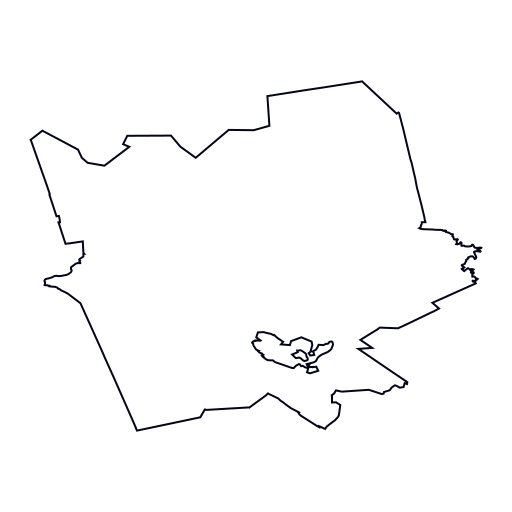 the district of Staiceles pag., Alojas, Latvia
{"feature_id": "27541924B5115242509873", "entity_name": "Staiceles pag.", "entity_type": "district", "adm_level": 2, "iso_a3": "LVA", "parent_name": "Latvia", "parent_adm1": "Alojas", "projection": "equal_earth", "projection_center": [24.767, 57.89], "detail": "fine", "context": "isolated", "style": "outline", "palette": "ink", "viewbox_px": 512, "rotation_deg": 0, "n_neighbors": 0, "source": "geoboundaries", "source_scale": "gbopen_adm2", "svg_char_len": 5975}
<svg xmlns="http://www.w3.org/2000/svg" viewBox="0 0 512 512"><path d="M137.0,430.6L200.3,417.3L204.7,409.7L205.0,409.4L205.8,409.9L206.5,409.9L242.3,407.8L249.3,407.4L249.4,407.5L266.2,395.2L267.7,393.6L267.8,393.6L268.2,393.5L268.5,393.8L278.2,398.4L280.5,400.6L283.5,402.6L286.2,404.8L290.8,408.1L299.0,412.4L298.4,412.8L299.5,414.5L300.9,415.7L317.2,426.1L319.2,427.2L319.1,426.2L325.1,428.9L326.7,426.6L331.0,423.2L334.9,420.3L335.0,420.3L337.7,417.3L338.9,415.2L339.1,413.6L340.3,405.0L336.0,402.3L332.0,402.5L332.0,395.5L331.8,395.2L334.2,393.5L334.2,393.2L336.0,390.4L340.9,391.5L342.5,391.6L368.8,389.8L381.9,394.1L383.6,393.6L384.0,392.0L389.6,390.3L391.8,387.4L394.9,385.3L396.7,385.9L399.9,387.7L403.6,387.0L404.7,383.1L407.0,384.0L407.3,382.1L394.2,373.3L358.4,348.9L372.2,347.9L360.4,339.9L378.2,328.9L378.4,328.6L379.8,327.6L398.0,328.3L407.7,323.8L429.9,313.1L433.9,311.3L439.0,308.5L432.4,302.8L475.8,283.4L475.1,282.1L474.9,281.9L473.2,281.7L472.7,281.3L472.6,280.9L472.8,280.7L474.5,281.0L475.4,280.9L476.3,280.3L476.2,280.0L475.8,279.8L475.8,279.7L476.0,279.5L476.9,279.2L477.4,279.2L477.7,278.9L477.3,278.6L475.9,278.3L474.4,276.6L473.8,276.5L472.4,276.7L472.3,275.6L472.3,274.6L472.2,273.6L472.3,273.3L472.8,273.1L473.5,273.4L473.7,273.2L473.8,272.9L473.7,272.4L473.4,272.2L472.9,272.2L471.9,272.6L471.1,272.7L470.9,272.4L471.0,272.0L471.9,271.5L472.0,271.3L471.3,270.8L471.0,270.7L470.5,270.3L470.6,270.1L471.3,269.8L472.9,269.8L473.4,269.8L473.6,269.5L472.9,269.2L471.3,269.0L470.2,269.3L469.4,269.2L468.3,268.3L467.7,268.2L466.3,269.5L465.8,269.7L465.1,270.2L464.4,271.1L463.7,270.9L463.1,269.9L462.8,269.8L461.8,269.2L461.7,268.9L463.8,267.9L464.3,267.4L462.1,265.9L461.8,265.5L461.8,265.2L462.6,264.7L463.8,264.3L464.8,263.8L465.4,262.2L466.3,261.1L466.3,260.5L466.1,259.9L467.7,258.9L468.3,258.3L468.1,257.5L470.5,256.4L471.5,256.3L472.2,256.3L473.0,256.6L474.8,258.7L474.8,258.9L475.5,258.8L476.3,257.6L476.3,257.1L475.1,254.5L474.2,252.7L474.1,252.3L474.4,252.3L474.3,251.8L474.7,251.4L476.0,251.2L477.2,251.2L480.2,251.7L480.6,251.3L480.3,250.7L477.9,249.8L477.3,249.3L477.2,249.0L477.6,248.7L481.1,248.1L481.3,247.9L480.8,247.6L479.8,247.6L478.0,247.9L476.6,247.9L475.1,247.7L474.6,247.5L474.1,246.9L473.9,246.1L473.5,245.5L472.7,244.7L472.3,244.7L472.0,244.8L471.8,245.1L471.6,245.7L471.4,246.0L470.3,246.3L468.2,246.5L465.3,246.4L463.9,245.6L462.0,245.9L461.4,245.5L461.5,243.2L461.4,242.6L460.7,242.2L460.4,242.4L459.4,243.8L457.3,244.3L456.2,244.1L456.8,243.2L457.0,242.5L456.5,241.2L457.1,240.4L457.7,239.8L457.8,239.5L457.5,239.2L454.5,239.5L454.0,239.3L453.4,237.1L452.5,236.5L452.4,236.3L452.3,236.1L452.8,235.4L452.9,234.4L451.1,234.0L448.6,232.6L445.9,232.0L445.7,231.8L445.6,231.6L446.0,231.0L446.0,230.7L445.8,230.6L444.9,230.5L444.1,230.9L443.5,230.9L442.8,230.6L442.7,230.2L440.6,229.9L435.3,229.8L432.4,229.5L423.0,229.2L420.3,228.7L419.3,228.2L419.5,228.1L420.7,226.9L420.9,226.3L420.9,225.3L421.3,224.9L421.7,224.0L421.8,222.2L425.4,222.2L424.6,219.2L424.5,217.8L421.7,206.0L418.8,194.6L416.9,187.5L415.3,178.9L411.6,162.8L410.4,159.1L403.2,128.8L398.9,112.4L399.1,112.1L396.6,113.6L362.1,81.4L322.4,87.6L303.7,90.4L267.4,96.1L269.4,125.8L253.7,130.2L228.7,129.9L195.7,157.8L180.4,146.7L171.0,135.6L127.3,135.8L123.1,144.2L129.3,146.8L104.4,165.7L87.6,162.8L81.9,157.9L78.0,149.6L42.4,130.7L30.7,139.8L30.8,139.9L47.5,187.3L49.8,194.2L49.4,194.7L56.5,216.3L58.8,215.9L59.4,217.9L60.0,222.2L58.5,222.3L65.5,243.8L69.9,243.3L82.8,241.4L83.3,251.4L83.5,252.9L83.7,253.3L84.1,253.7L83.4,253.7L83.4,256.3L83.3,256.6L79.9,258.8L79.2,259.6L79.3,260.0L80.0,260.7L79.4,261.4L79.5,261.7L80.2,262.5L80.2,263.1L77.4,263.1L75.9,263.6L71.7,266.7L71.0,267.5L71.0,269.2L71.6,270.1L71.6,270.9L71.1,272.0L69.6,273.3L68.0,274.3L66.8,274.8L61.4,275.9L59.0,276.1L56.1,275.8L54.4,276.1L51.4,277.6L48.9,278.3L45.8,279.0L44.9,279.8L44.5,280.5L44.5,281.3L45.1,282.1L45.1,283.4L44.6,285.1L45.3,285.3L45.9,285.2L46.3,285.3L47.2,285.2L48.0,285.6L48.5,285.6L48.8,286.0L49.0,286.2L49.7,285.9L50.0,286.4L50.3,286.5L51.2,286.6L51.9,286.5L52.7,286.7L55.1,286.8L57.6,287.8L57.9,288.6L59.0,289.0L59.4,289.1L61.3,290.4L67.5,293.4L80.5,303.3L103.3,354.0L104.6,357.2L113.5,376.9L131.1,416.8L135.8,427.6L135.7,427.7L137.0,430.6ZM299.7,364.2L298.9,364.1L296.0,365.7L293.7,368.1L292.1,368.0L275.9,362.4L274.8,361.9L273.9,361.2L272.8,360.3L270.0,360.3L268.4,360.2L266.9,359.8L264.7,358.3L262.9,356.8L263.3,356.6L262.0,355.5L263.2,354.8L262.7,354.5L262.2,353.8L261.9,353.7L261.8,353.4L261.2,353.2L260.9,353.3L259.5,352.5L258.6,351.8L258.1,351.2L258.7,350.8L258.4,350.7L256.5,349.8L255.7,349.0L254.6,347.2L253.6,345.8L253.4,345.3L253.2,343.9L253.0,343.5L252.2,342.9L252.1,342.5L252.3,342.2L252.8,341.9L252.9,341.6L253.9,341.3L254.1,341.0L254.7,340.6L255.1,340.8L255.7,340.5L255.8,340.8L257.9,340.4L260.1,340.8L260.6,340.5L256.3,337.4L256.6,336.4L257.9,332.4L263.8,332.1L266.3,332.9L271.1,333.9L273.5,335.2L273.9,334.9L274.6,335.4L277.6,338.1L283.1,341.8L281.0,344.4L289.9,345.1L291.1,341.1L301.4,337.3L311.6,341.6L312.3,345.0L310.5,351.7L308.7,353.2L310.2,355.5L314.2,355.0L313.4,351.7L312.5,351.5L315.7,349.8L316.1,349.5L317.5,347.2L318.6,344.8L323.4,345.1L325.9,343.9L326.9,343.9L328.2,343.6L328.5,343.4L328.9,342.4L329.6,341.8L330.1,341.7L331.3,341.5L332.1,341.8L332.5,342.2L333.0,344.5L332.9,345.1L332.3,346.4L331.4,348.9L330.1,350.3L327.7,352.0L321.8,354.6L320.2,355.6L317.9,357.5L316.2,360.6L315.2,361.6L313.5,362.4L306.7,364.1L307.2,365.4L309.0,365.3L307.9,367.2L312.8,366.9L312.9,367.2L316.3,366.7L318.2,370.8L310.1,373.3L307.0,372.3L308.1,368.8L307.1,367.9L304.8,367.2L302.8,365.8L301.2,366.2L299.7,364.2ZM295.8,358.1L299.2,357.6L300.7,358.3L303.2,360.5L304.2,360.9L304.3,361.0L306.9,360.4L307.6,359.9L307.8,359.1L307.7,358.7L307.5,358.0L307.0,357.3L306.4,356.1L306.2,354.4L305.7,353.6L305.0,353.0L302.7,351.4L301.8,350.8L300.6,350.3L299.8,350.3L298.1,350.6L297.2,350.6L297.7,352.2L292.1,354.5L295.8,358.1Z" fill="none" stroke="#020617" stroke-width="2"/></svg>